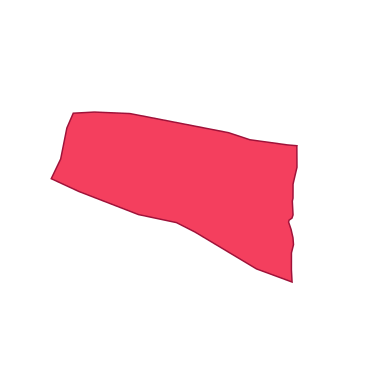 the district of Balha, Tadjourah, Djibouti, rotated 149°
{"feature_id": "41766387B97155389424645", "entity_name": "Balha", "entity_type": "district", "adm_level": 2, "iso_a3": "DJI", "parent_name": "Djibouti", "parent_adm1": "Tadjourah", "projection": "orthographic", "projection_center": [42.238, 11.898], "detail": "fine", "context": "isolated", "style": "filled", "palette": "rose", "viewbox_px": 384, "rotation_deg": 149, "n_neighbors": 0, "source": "geoboundaries", "source_scale": "gbopen_adm2", "svg_char_len": 557}
<svg xmlns="http://www.w3.org/2000/svg" viewBox="0 0 384 384"><g transform="rotate(149 192 192)"><path d="M152.6,63.3L146.8,74.2L138.1,88.6L132.1,94.6L129.0,100.8L127.6,105.1L126.4,108.7L124.7,116.5L123.2,117.9L119.8,118.1L117.2,120.3L110.7,132.5L108.6,134.7L101.4,146.6L100.1,148.0L89.3,159.1L78.7,177.0L78.2,177.6L86.2,183.4L115.5,207.0L130.1,224.0L204.8,291.2L234.5,310.8L253.2,320.7L266.3,311.3L287.6,287.9L305.8,275.9L288.7,250.7L249.5,200.2L221.1,173.8L210.1,156.2L176.3,92.8L152.6,63.3Z" fill="#f43f5e" stroke="#9f1239" stroke-width="1.5"/></g></svg>